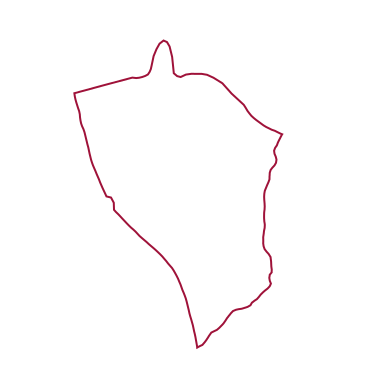 Mayfa'ah, Shabwah, Yemen, rotated 80°
{"feature_id": "15242507B4449600495147", "entity_name": "Mayfa'ah", "entity_type": "district", "adm_level": 2, "iso_a3": "YEM", "parent_name": "Yemen", "parent_adm1": "Shabwah", "projection": "albers", "projection_center": [47.797, 14.413], "detail": "fine", "context": "isolated", "style": "outline", "palette": "rose", "viewbox_px": 384, "rotation_deg": 80, "n_neighbors": 0, "source": "geoboundaries", "source_scale": "gbopen_adm2", "svg_char_len": 3393}
<svg xmlns="http://www.w3.org/2000/svg" viewBox="0 0 384 384"><g transform="rotate(80 192 192)"><path d="M150.8,93.2L149.8,94.8L147.9,97.4L146.1,99.8L144.5,102.7L142.7,105.1L140.9,107.6L138.8,110.0L136.6,112.1L134.4,114.2L132.2,116.3L129.9,118.3L127.3,120.3L124.6,121.8L121.7,123.3L118.7,124.4L115.8,125.6L115.1,125.9L102.0,135.9L90.2,143.2L83.2,151.0L81.9,152.9L79.2,156.8L77.4,161.8L75.5,172.1L75.3,177.6L76.8,183.2L75.3,186.5L71.9,189.3L63.8,188.7L55.5,188.1L44.8,188.8L40.0,190.6L37.9,193.7L40.3,198.2L45.2,202.2L51.5,206.2L60.7,209.9L63.8,211.2L66.4,212.9L68.6,215.0L69.6,218.0L70.1,221.0L70.3,224.2L70.1,227.2L69.2,230.2L69.0,230.9L71.6,261.0L74.3,290.7L77.5,290.8L80.5,290.7L83.6,290.4L86.7,290.0L89.7,289.6L92.7,289.1L96.0,289.0L99.0,289.3L102.1,289.4L105.2,289.3L108.2,288.8L111.2,288.0L114.4,287.5L117.4,287.3L120.7,287.1L123.7,286.9L127.0,286.7L130.1,286.4L133.5,286.3L136.5,286.2L139.5,286.0L142.6,285.8L145.6,285.4L148.5,284.9L151.5,284.2L154.4,283.5L157.7,282.8L160.6,282.1L163.5,281.4L166.7,280.8L169.6,280.1L172.5,279.4L175.5,278.6L178.5,277.8L181.5,277.0L183.4,272.7L189.0,270.9L196.0,271.9L198.6,270.3L201.2,268.4L203.8,266.7L206.3,265.1L208.9,263.4L211.5,261.7L214.0,260.0L216.5,258.2L218.8,256.3L221.2,254.5L223.7,252.9L226.2,251.3L228.7,249.3L231.0,247.4L233.4,245.4L235.8,243.6L238.1,241.7L240.5,239.7L242.9,237.8L245.3,236.0L247.9,234.1L250.4,232.4L253.0,230.9L255.5,229.4L258.2,228.0L260.7,226.5L263.3,224.9L266.1,223.7L268.9,222.7L271.9,221.7L274.9,220.8L278.1,220.1L281.0,219.4L284.0,218.9L287.0,218.4L289.9,217.7L292.9,217.1L295.8,216.6L298.9,216.3L301.9,216.1L305.0,215.9L308.1,215.7L311.1,215.6L314.3,215.3L317.4,214.9L320.4,214.6L323.4,214.3L326.4,214.2L329.6,214.1L332.5,213.9L335.5,213.8L338.6,213.8L341.7,213.8L344.7,213.8L346.1,213.9L345.2,211.3L344.4,208.3L342.5,206.0L341.9,205.3L340.4,203.7L338.8,202.2L338.5,201.9L338.2,201.6L336.9,200.5L335.9,199.5L334.9,198.5L333.8,197.4L332.9,194.3L332.1,191.4L330.5,188.7L328.7,186.2L328.0,185.2L326.9,183.8L324.6,181.5L323.3,180.3L322.3,179.4L321.0,177.9L320.2,177.1L319.6,176.3L318.2,174.8L317.1,173.3L316.4,172.4L316.0,170.8L315.7,169.4L315.6,169.1L315.5,166.4L315.6,163.3L315.3,160.8L315.2,160.4L315.2,159.9L314.8,157.2L314.0,155.0L313.7,154.1L312.1,152.8L311.4,152.2L310.8,151.0L310.0,149.5L309.8,149.1L308.8,146.7L306.9,144.3L304.9,142.1L304.3,141.2L303.1,139.5L301.6,137.0L301.3,136.4L300.2,134.3L298.4,131.9L297.0,130.9L295.9,130.2L294.4,130.5L293.0,130.8L291.7,130.8L290.0,130.8L287.7,130.0L287.0,129.8L285.0,127.5L284.7,127.5L283.0,127.1L282.0,126.9L281.1,126.9L279.0,126.8L275.9,126.4L274.4,126.2L272.9,126.1L270.2,126.0L269.8,125.9L266.3,127.3L264.1,128.7L263.8,128.9L263.6,129.0L260.9,130.4L257.9,130.9L254.9,130.8L253.6,130.5L251.9,130.2L248.8,129.7L246.4,128.9L246.0,128.8L245.5,128.6L243.0,127.9L240.0,126.7L237.9,126.2L237.0,126.0L235.4,125.9L233.7,125.9L230.7,125.6L229.4,125.4L227.8,125.1L226.2,124.8L224.8,124.5L223.1,124.0L221.9,123.6L218.8,122.9L215.7,122.5L212.3,122.2L209.3,121.8L206.3,121.1L203.5,120.1L200.8,118.4L198.1,116.7L197.1,116.0L195.6,115.0L193.7,113.9L193.0,113.5L189.9,112.9L189.3,112.7L186.6,112.1L183.9,110.7L181.9,108.5L181.4,107.8L180.1,106.1L177.8,104.2L174.9,103.2L174.3,103.2L171.7,103.4L168.7,104.1L165.6,104.0L163.0,102.5L162.7,102.2L160.8,100.3L158.2,98.8L155.6,96.9L154.7,96.2L153.2,95.1L151.0,93.4L150.8,93.2Z" fill="none" stroke="#9f1239" stroke-width="2"/></g></svg>